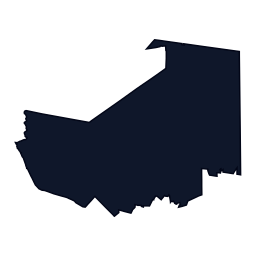 General Bravo, Nuevo León, Mexico
{"feature_id": "50627088B41623803853756", "entity_name": "General Bravo", "entity_type": "district", "adm_level": 2, "iso_a3": "MEX", "parent_name": "Mexico", "parent_adm1": "Nuevo León", "projection": "mercator", "projection_center": [-99.014, 25.824], "detail": "fine", "context": "isolated", "style": "filled", "palette": "ink", "viewbox_px": 256, "rotation_deg": 0, "n_neighbors": 0, "source": "geoboundaries", "source_scale": "gbopen_adm2", "svg_char_len": 4795}
<svg xmlns="http://www.w3.org/2000/svg" viewBox="0 0 256 256"><path d="M25.8,110.7L25.5,110.9L25.4,110.9L25.1,111.0L24.8,111.2L24.6,111.3L24.3,112.3L24.3,112.5L24.3,112.8L24.4,113.0L24.4,113.4L24.4,113.5L24.5,113.7L24.8,113.8L25.1,113.9L25.3,114.1L25.5,114.3L25.8,114.9L26.0,115.3L26.1,115.6L26.3,115.8L26.3,116.0L26.5,116.3L26.5,116.8L26.4,117.3L26.5,117.5L26.4,117.7L26.4,117.8L26.2,118.1L26.0,118.3L25.8,118.7L25.8,118.8L25.9,119.0L26.1,119.6L26.2,119.8L26.4,120.1L26.6,120.5L26.6,120.9L26.0,121.4L25.5,121.8L24.9,122.1L24.6,122.2L24.5,122.3L24.4,122.5L24.3,122.9L24.3,123.0L24.4,123.3L24.6,123.4L24.7,123.6L24.9,123.8L25.1,124.1L25.8,125.4L26.0,125.7L26.2,126.2L26.3,126.4L26.3,126.6L26.3,126.9L26.3,127.3L26.3,127.8L26.3,128.0L26.2,128.3L26.2,128.7L26.3,128.8L26.4,129.0L26.7,129.2L26.8,129.4L27.1,129.7L27.2,129.8L26.9,130.2L26.7,130.4L26.7,130.6L26.6,130.9L25.5,131.6L25.1,131.8L24.6,132.3L24.4,132.5L24.4,133.4L24.6,133.9L24.6,134.1L24.9,134.4L24.9,134.5L25.0,134.7L25.1,135.5L25.1,135.9L25.1,136.1L25.2,136.4L25.3,136.5L25.7,136.8L25.8,137.0L26.1,137.2L26.3,137.2L26.5,137.2L26.7,137.3L26.9,137.4L26.9,137.5L26.9,138.4L26.7,138.5L26.4,138.8L26.2,139.1L25.9,139.4L25.8,139.5L25.7,139.6L25.4,139.6L25.0,139.6L24.7,139.6L24.2,139.7L23.9,139.8L23.7,139.8L22.9,140.1L22.4,140.4L21.7,140.7L21.5,140.8L21.3,140.8L21.2,140.9L21.0,141.0L20.9,141.1L20.7,141.1L20.1,141.3L19.8,141.3L19.5,141.6L18.7,141.9L18.3,142.1L17.9,142.4L17.6,142.5L17.3,142.6L17.0,142.6L16.8,142.7L15.4,142.5L15.5,142.8L15.7,143.0L15.8,143.2L16.1,143.7L16.3,144.1L16.4,144.4L16.8,144.4L17.0,144.2L17.1,144.6L17.0,144.8L17.0,145.0L17.1,145.4L17.1,145.6L16.8,146.2L16.9,146.3L17.0,146.5L17.1,146.8L17.1,147.0L17.2,147.3L17.2,147.5L17.3,148.0L17.4,148.3L17.5,148.3L17.6,148.5L17.8,148.6L18.0,148.7L18.0,148.8L18.3,148.9L18.3,149.0L18.6,149.5L18.8,149.8L18.8,150.0L19.1,150.4L19.4,150.9L19.5,151.0L20.0,151.4L20.4,152.4L21.2,152.7L20.8,153.3L21.4,154.5L21.7,155.3L21.9,155.8L22.2,156.5L22.3,156.7L22.7,157.2L23.1,157.4L23.2,157.6L25.7,164.6L25.9,165.7L26.7,167.8L26.7,168.2L27.1,168.0L27.5,168.7L31.2,176.5L31.8,177.5L34.0,182.1L35.4,184.9L35.9,185.4L38.4,188.1L38.7,188.5L38.9,188.7L41.6,190.0L41.8,190.1L42.1,190.2L44.0,190.4L44.7,190.5L47.4,191.4L52.6,193.3L53.3,193.6L62.0,196.1L64.3,196.7L66.4,197.3L67.5,197.7L67.9,197.9L68.6,198.3L71.4,199.5L74.1,200.8L74.3,200.9L74.5,201.0L75.7,202.5L75.9,202.7L82.7,206.7L83.0,206.8L85.2,207.1L86.8,205.4L87.4,204.6L89.0,202.9L89.2,202.7L89.3,202.5L90.4,201.4L92.0,199.6L93.6,197.8L94.9,196.4L96.4,197.9L105.0,206.7L105.1,206.8L110.3,212.0L113.0,214.7L114.1,216.0L114.4,216.2L118.8,212.6L118.7,211.2L118.7,209.9L122.3,210.8L123.9,211.3L130.9,213.1L131.0,213.1L132.3,210.4L132.5,209.8L132.6,209.7L133.4,208.9L134.9,207.4L135.1,205.7L135.0,204.6L135.9,204.8L136.3,204.9L136.7,205.0L137.3,205.1L137.6,205.3L138.1,205.3L138.7,205.3L139.1,205.3L139.6,205.3L139.7,205.2L140.4,205.3L140.7,205.3L141.2,206.0L141.5,205.5L142.4,206.0L142.4,206.6L142.6,206.6L142.7,206.8L143.4,207.0L143.6,205.8L149.5,205.9L152.6,199.7L153.7,199.8L153.8,198.9L155.4,196.4L155.5,196.3L155.5,196.2L157.0,196.1L161.2,199.7L162.0,198.6L163.1,197.3L164.5,195.5L165.3,196.1L167.9,196.4L168.9,194.8L169.5,195.6L170.4,200.9L170.5,202.1L170.7,201.8L170.9,201.7L171.0,201.7L171.4,201.5L171.5,201.5L172.6,201.6L173.1,201.3L173.2,201.2L173.5,201.2L173.6,201.3L174.2,202.3L174.7,203.3L175.0,203.3L175.2,203.5L175.5,203.6L176.1,204.2L176.9,203.9L176.9,203.3L179.7,202.6L180.4,204.7L179.4,205.0L178.6,207.2L181.0,206.6L181.9,206.4L185.5,205.3L185.6,205.2L185.8,205.2L186.4,205.0L187.8,201.0L197.2,196.6L198.4,196.0L198.9,195.8L201.2,195.0L201.8,194.8L201.7,186.2L201.7,185.0L201.7,184.9L201.7,181.4L201.7,181.0L201.7,180.3L201.6,172.8L201.6,169.4L201.8,169.0L201.7,168.6L202.0,168.7L202.5,168.6L204.8,168.8L205.0,168.8L207.5,169.1L207.8,169.2L207.9,170.6L208.2,171.6L208.8,173.2L208.8,173.4L209.4,174.7L209.6,175.1L210.5,175.2L215.3,176.0L217.0,176.2L216.8,172.8L219.8,172.7L219.9,172.9L220.0,173.0L220.4,173.0L220.7,171.7L220.1,169.7L220.6,169.6L220.7,169.4L220.6,168.8L220.9,168.7L220.9,169.3L221.4,170.2L221.8,170.1L222.0,170.5L222.7,169.8L223.0,169.6L223.0,169.8L223.1,172.1L227.9,172.8L232.2,173.5L233.3,173.6L233.4,173.4L233.4,173.2L233.5,173.0L233.8,172.5L235.3,170.2L235.5,169.9L236.6,168.2L237.0,167.7L237.0,168.3L237.0,174.2L239.1,174.5L240.6,174.8L240.2,133.8L239.3,54.3L239.3,51.5L236.9,51.2L202.1,46.4L183.8,43.8L184.1,45.0L181.8,44.7L182.0,43.6L164.8,41.2L159.4,40.4L154.6,39.8L153.7,40.8L152.5,42.1L150.7,44.2L146.6,48.9L155.9,47.5L160.0,46.6L160.2,45.9L161.7,46.1L161.6,45.8L162.9,46.1L165.6,45.9L165.9,50.4L166.3,50.4L166.3,58.6L165.9,68.4L156.0,75.5L137.1,88.5L119.1,101.4L91.7,120.6L89.2,122.5L88.4,122.3L78.3,120.5L41.9,113.9L26.6,110.7L25.8,110.7Z" fill="#0f172a" stroke="#020617" stroke-width="1.5"/></svg>